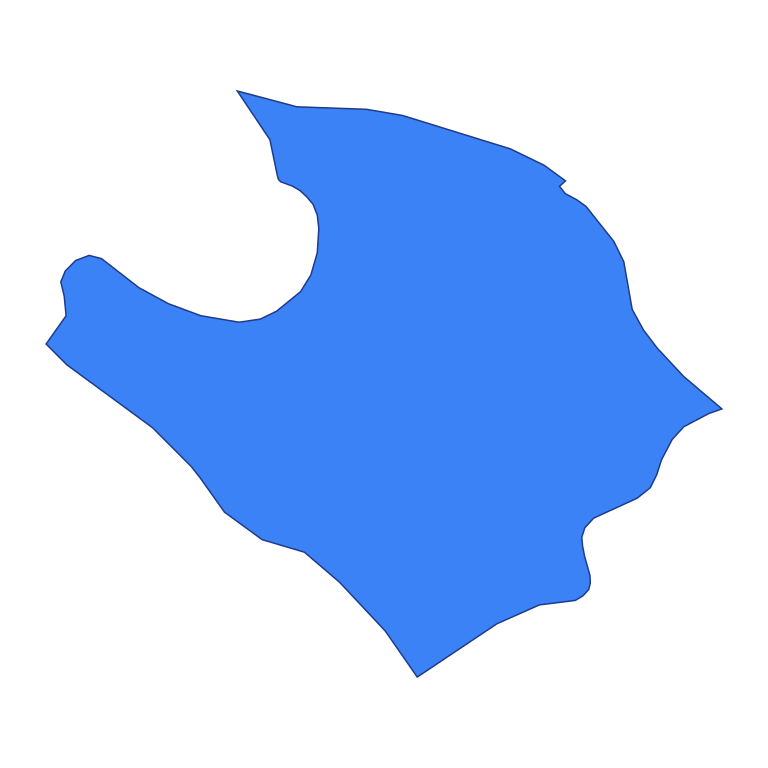 Vĩnh Long, Natural Earth projection
{"feature_id": "VNM-510", "entity_name": "Vĩnh Long", "entity_type": "Province", "adm_level": 1, "iso_a3": "VNM", "parent_name": "Vietnam", "parent_adm1": "", "projection": "natural_earth1", "projection_center": [105.979, 10.095], "detail": "fine", "context": "isolated", "style": "filled", "palette": "blue", "viewbox_px": 768, "rotation_deg": 0, "n_neighbors": 0, "source": "natural_earth", "source_scale": "10m", "svg_char_len": 1047}
<svg xmlns="http://www.w3.org/2000/svg" viewBox="0 0 768 768"><path d="M417.2,677.0L385.4,631.2L339.5,582.2L304.4,552.2L262.2,539.7L224.4,512.1L224.1,511.6L200.1,477.8L191.2,466.5L152.5,427.7L66.8,364.8L46.1,344.0L66.1,315.7L64.2,296.1L60.8,281.9L65.2,271.1L75.6,260.5L89.1,255.4L101.5,258.6L138.8,287.6L168.2,303.6L200.7,315.7L238.9,322.2L260.3,319.1L276.7,311.1L300.6,291.6L310.9,274.9L317.3,252.7L318.8,228.5L317.3,215.2L313.1,204.4L306.8,196.9L299.9,190.5L292.2,186.0L280.9,181.9L278.6,179.7L277.5,176.3L269.9,139.7L237.3,91.0L296.8,106.8L366.4,109.3L402.6,115.5L510.4,148.9L544.2,165.3L565.5,180.9L559.5,186.3L565.1,193.5L576.8,199.8L586.0,206.4L613.9,241.5L623.8,261.8L632.2,309.4L643.5,330.0L657.2,348.1L683.7,376.5L721.9,408.9L708.7,413.6L683.8,426.7L672.1,439.6L661.5,459.8L656.7,474.8L650.3,487.7L637.3,498.1L593.7,518.1L584.8,527.8L581.8,537.3L582.6,546.1L584.6,556.3L590.0,575.7L590.3,582.9L588.8,589.4L583.1,595.7L575.4,600.4L539.4,604.9L497.0,623.7L417.5,676.9L417.2,677.0Z" fill="#3b82f6" stroke="#1e3a8a" stroke-width="1.5"/></svg>